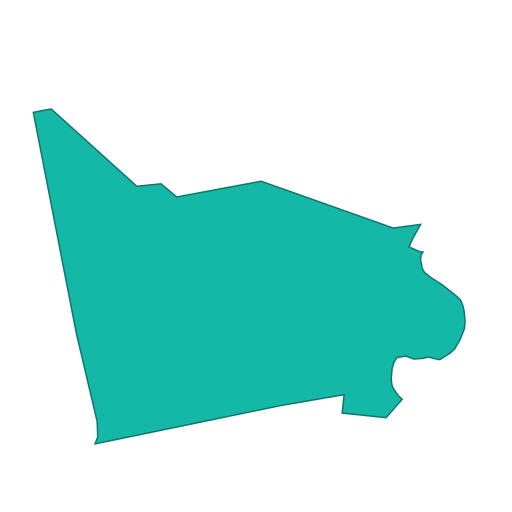 the district of Hickman, Kentucky, United States of America, rotated 169°
{"feature_id": "52423323B69362371479098", "entity_name": "Hickman", "entity_type": "district", "adm_level": 2, "iso_a3": "USA", "parent_name": "United States of America", "parent_adm1": "Kentucky", "projection": "albers", "projection_center": [-89.075, 36.65], "detail": "fine", "context": "isolated", "style": "filled", "palette": "teal", "viewbox_px": 512, "rotation_deg": 169, "n_neighbors": 0, "source": "geoboundaries", "source_scale": "gbopen_adm2", "svg_char_len": 793}
<svg xmlns="http://www.w3.org/2000/svg" viewBox="0 0 512 512"><g transform="rotate(169 256 256)"><path d="M449.8,102.3L260.9,104.5L196.0,103.1L201.4,85.3L159.1,72.5L139.8,87.5L142.8,91.5L146.4,99.5L147.2,103.5L146.7,109.6L144.0,119.2L140.8,125.4L137.1,129.3L132.8,129.3L127.7,129.0L120.9,124.8L111.5,123.6L106.3,124.0L96.4,119.4L94.2,119.6L83.7,123.8L78.7,126.9L71.7,134.9L65.4,144.6L63.4,151.1L62.2,161.6L62.5,168.6L63.7,173.8L67.2,178.8L78.8,192.3L88.3,201.3L93.7,207.7L95.2,211.9L95.2,221.0L93.7,225.5L91.3,228.1L94.4,228.9L104.1,235.8L98.5,243.6L88.4,255.6L116.1,257.3L236.7,328.4L322.6,329.1L335.5,345.0L359.7,347.2L429.0,439.4L429.3,439.4L436.6,439.5L436.9,439.5L447.2,439.5L447.1,214.9L443.5,123.8L445.9,108.7L449.8,102.3Z" fill="#14b8a6" stroke="#0f766e" stroke-width="1.5"/></g></svg>